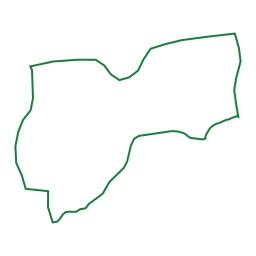 map outline of Tekirdag (Albers equal-area conic projection)
{"feature_id": "TUR-2242", "entity_name": "Tekirdag", "entity_type": "Province", "adm_level": 1, "iso_a3": "TUR", "parent_name": "Turkey", "parent_adm1": "", "projection": "albers", "projection_center": [27.493, 41.027], "detail": "fine", "context": "isolated", "style": "outline", "palette": "green", "viewbox_px": 256, "rotation_deg": 0, "n_neighbors": 0, "source": "natural_earth", "source_scale": "10m", "svg_char_len": 942}
<svg xmlns="http://www.w3.org/2000/svg" viewBox="0 0 256 256"><path d="M238.3,116.9L236.8,116.1L229.6,118.9L228.4,119.6L226.9,119.6L218.5,123.2L216.3,123.8L213.7,125.2L211.3,127.0L209.6,128.7L206.3,134.3L205.3,136.9L205.5,138.5L202.8,139.4L190.4,137.9L188.1,136.4L186.0,134.6L183.5,133.1L177.5,131.4L171.6,131.1L139.0,135.9L134.2,138.7L130.9,145.5L127.1,161.7L123.8,167.9L109.3,182.1L102.7,193.7L88.9,203.9L88.1,204.9L86.4,207.3L85.7,208.0L84.1,208.6L80.4,209.1L76.1,211.8L68.9,211.7L65.7,212.1L63.1,214.2L58.6,220.5L56.8,221.8L52.7,222.4L48.0,207.2L48.1,191.2L25.7,188.8L21.9,175.6L16.2,162.8L15.4,146.3L18.2,132.1L23.0,120.0L30.6,110.3L33.0,98.3L32.0,70.0L30.3,66.4L53.2,61.5L78.0,59.7L95.7,59.8L104.2,65.4L111.0,74.5L119.4,80.1L129.1,77.4L138.0,70.7L143.5,59.4L150.7,48.7L165.5,44.1L181.9,40.1L208.2,36.6L234.8,33.6L238.9,48.0L240.6,61.3L236.2,78.0L234.2,90.2L236.4,105.7L238.3,116.9Z" fill="none" stroke="#15803d" stroke-width="2"/></svg>